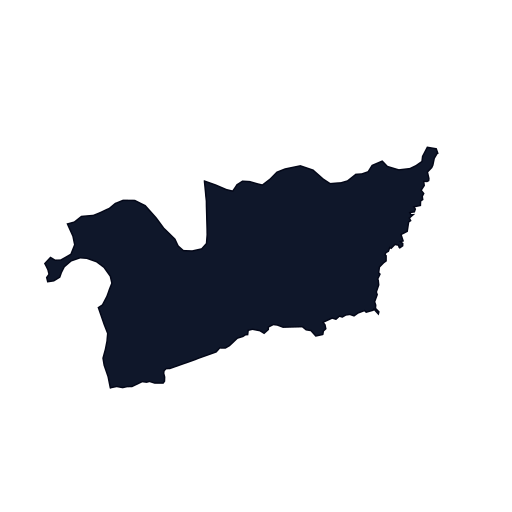 the district of Cabo Rojo, Puerto Rico, rotated 71°
{"feature_id": "32010507B73379646065034", "entity_name": "Cabo Rojo", "entity_type": "district", "adm_level": 2, "iso_a3": "PRI", "parent_name": "Puerto Rico", "parent_adm1": "", "projection": "albers", "projection_center": [-67.16, 18.05], "detail": "fine", "context": "isolated", "style": "filled", "palette": "ink", "viewbox_px": 512, "rotation_deg": 71, "n_neighbors": 0, "source": "geoboundaries", "source_scale": "gbopen_adm2", "svg_char_len": 3373}
<svg xmlns="http://www.w3.org/2000/svg" viewBox="0 0 512 512"><g transform="rotate(71 256 256)"><path d="M218.0,50.7L217.2,50.7L213.3,50.7L209.0,58.6L214.9,64.8L216.0,66.0L220.7,68.3L221.7,71.8L222.7,75.3L223.5,82.0L221.1,92.9L219.8,94.8L214.1,102.7L208.8,105.1L207.4,105.8L208.1,115.5L208.2,116.7L212.4,121.9L212.9,122.6L212.9,126.9L212.9,129.2L211.3,135.1L211.6,135.8L214.9,145.2L214.8,145.6L214.5,151.9L213.6,155.1L212.0,161.4L211.7,162.4L205.1,167.5L201.0,169.8L194.5,173.5L193.5,174.0L193.4,174.1L185.2,184.7L183.3,199.4L183.2,200.3L183.6,208.9L187.3,216.3L187.9,217.5L191.0,226.8L190.9,227.0L190.6,227.5L188.3,231.1L183.6,237.8L180.9,244.4L182.0,248.8L182.4,250.7L184.3,253.1L187.1,256.9L183.6,262.4L175.8,271.0L168.4,280.3L168.9,280.5L171.5,281.1L179.9,283.1L182.6,283.8L187.9,285.0L192.7,286.6L200.4,289.0L205.1,290.5L207.4,291.2L215.0,293.6L218.0,294.6L219.9,295.2L222.0,296.1L225.9,297.8L228.1,298.7L228.8,300.0L231.6,305.0L230.5,314.7L227.3,322.9L226.5,323.4L221.9,326.0L221.1,326.4L219.6,326.6L213.7,327.2L202.5,332.8L199.6,334.3L198.5,334.6L188.9,337.6L187.1,338.2L172.3,344.4L169.2,347.5L164.0,352.6L160.1,363.5L160.5,370.4L160.5,371.7L160.6,372.1L163.3,379.2L163.5,382.0L164.2,388.0L164.4,390.5L164.7,396.2L164.7,396.5L161.9,407.7L161.8,408.2L164.8,416.7L164.4,422.8L164.3,423.8L165.7,423.7L177.7,422.6L184.4,423.5L186.3,423.7L194.1,430.4L195.5,437.6L196.3,442.1L194.6,447.4L192.1,449.4L190.5,450.8L194.4,458.1L197.7,457.6L201.1,457.2L201.4,457.2L205.9,457.6L208.2,460.9L212.5,461.3L213.6,455.4L213.6,455.2L212.1,448.5L212.0,448.4L209.1,446.1L208.4,445.6L203.8,440.9L201.3,434.7L200.4,432.3L200.4,432.2L200.4,422.9L200.6,422.4L203.1,416.6L203.8,415.8L209.5,408.6L217.2,403.4L227.7,400.3L234.8,401.1L239.8,405.4L242.0,407.1L245.7,410.1L252.3,417.1L253.2,420.7L253.5,421.7L253.5,421.8L262.5,421.8L266.1,421.8L271.1,421.8L271.3,421.8L280.9,421.4L286.0,423.7L287.9,424.5L295.3,428.8L302.8,433.9L309.8,435.1L321.9,435.1L332.9,436.6L333.3,436.6L333.3,435.5L334.0,430.2L337.0,424.9L337.5,420.4L339.0,415.8L337.7,404.5L339.7,400.5L339.9,397.5L343.1,393.2L345.9,385.2L344.6,383.3L340.7,381.8L336.8,381.5L334.5,380.3L333.2,377.6L334.3,374.2L334.1,347.2L333.9,344.1L333.7,324.9L331.1,320.3L333.0,314.9L332.1,310.3L327.6,300.4L327.8,294.6L327.0,291.6L327.6,289.5L323.7,287.6L324.1,283.2L327.9,276.6L331.7,273.5L329.5,268.3L327.2,267.5L326.4,262.0L328.2,258.3L332.1,253.6L334.8,245.0L337.9,235.2L342.1,232.6L344.4,228.3L351.1,225.5L351.9,218.6L351.8,218.3L348.9,216.8L347.5,213.7L343.5,213.2L340.5,214.3L339.5,204.2L341.8,201.0L340.0,196.7L341.8,194.3L341.0,190.3L341.8,186.2L344.5,182.8L343.1,178.2L342.9,171.2L345.0,170.1L345.4,162.9L344.6,161.8L350.6,159.2L348.8,158.0L344.4,160.1L341.4,158.8L337.9,158.8L332.0,154.0L329.2,154.0L323.3,149.4L318.6,148.3L317.5,148.6L313.5,144.7L311.7,145.5L306.6,142.9L303.9,137.5L303.0,134.6L298.1,132.9L296.8,133.7L295.1,132.1L294.6,129.3L291.5,126.8L292.7,125.7L290.3,120.9L292.2,117.7L294.3,117.8L295.1,117.4L294.1,114.0L292.0,113.2L289.5,114.7L289.6,112.0L282.9,111.9L281.9,105.0L273.5,100.6L272.9,98.3L270.0,98.7L268.1,94.0L267.5,96.1L265.0,96.5L265.8,91.9L263.5,90.1L260.9,90.8L261.7,84.1L257.6,82.5L256.9,80.0L253.7,79.4L251.5,77.1L247.6,78.5L244.1,74.0L240.0,73.2L241.2,70.0L240.9,68.2L239.0,67.3L232.4,66.6L229.6,61.1L227.6,59.2L221.7,55.7L218.0,51.4L218.0,50.7Z" fill="#0f172a" stroke="#020617" stroke-width="1.5"/></g></svg>